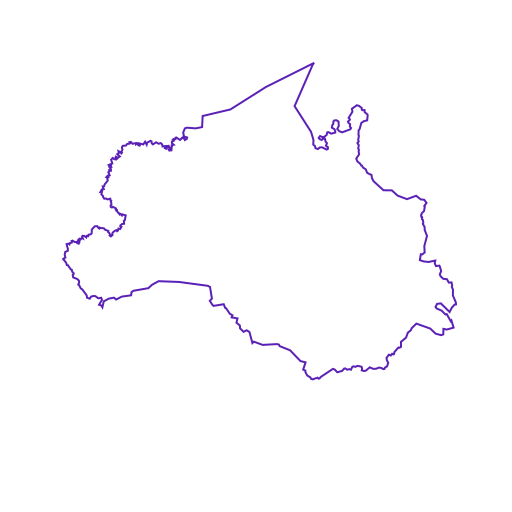 the district of Rankas pag., Gulbene, Latvia, rotated 336°
{"feature_id": "27541924B63900678349078", "entity_name": "Rankas pag.", "entity_type": "district", "adm_level": 2, "iso_a3": "LVA", "parent_name": "Latvia", "parent_adm1": "Gulbene", "projection": "orthographic", "projection_center": [26.154, 57.209], "detail": "fine", "context": "isolated", "style": "outline", "palette": "violet", "viewbox_px": 512, "rotation_deg": 336, "n_neighbors": 0, "source": "geoboundaries", "source_scale": "gbopen_adm2", "svg_char_len": 6111}
<svg xmlns="http://www.w3.org/2000/svg" viewBox="0 0 512 512"><g transform="rotate(336 256 256)"><path d="M352.2,134.8L385.6,104.3L387.6,103.2L334.0,105.6L292.2,111.7L264.2,106.4L259.2,116.3L252.9,114.9L245.1,110.7L242.9,110.5L239.7,113.6L239.1,116.4L238.4,117.2L241.3,119.7L240.3,120.9L238.2,121.1L238.4,119.9L236.5,118.0L233.8,119.1L231.4,115.3L230.6,115.2L229.9,116.5L228.3,115.6L227.6,115.8L228.2,116.7L227.7,117.4L225.7,117.2L225.1,118.9L226.1,120.9L224.0,120.6L223.7,122.0L222.1,122.4L222.6,123.6L221.7,125.1L219.7,124.4L219.5,123.2L221.0,122.8L221.0,119.8L220.1,119.6L219.8,120.6L217.5,121.5L216.6,120.3L217.3,119.6L218.4,120.0L218.6,118.9L215.1,117.9L215.7,116.0L214.9,114.1L212.8,113.9L211.0,111.5L207.2,112.1L206.6,110.6L207.2,108.8L206.5,107.9L202.6,108.2L201.4,109.8L201.2,106.5L198.4,108.2L195.1,105.6L194.8,107.8L194.4,107.8L193.6,106.9L193.2,104.8L191.8,105.1L192.2,104.0L188.9,103.3L188.1,100.9L186.8,100.6L186.9,101.8L186.4,102.0L183.9,101.2L182.2,102.2L179.2,101.2L177.7,102.1L177.2,104.6L175.6,105.9L175.6,107.1L174.7,107.5L174.3,105.9L173.0,104.3L172.7,106.1L170.7,106.5L172.1,109.7L169.7,110.0L168.4,108.2L167.8,108.8L168.8,110.5L167.6,111.0L165.9,109.9L165.0,108.2L162.8,109.1L162.4,113.0L159.0,113.0L160.4,114.2L160.3,114.8L158.4,114.3L158.2,114.9L159.3,116.3L158.4,116.4L158.6,118.3L158.2,119.0L156.8,118.0L156.5,119.2L155.2,119.4L155.1,122.7L153.2,122.3L151.5,123.1L152.9,124.1L151.7,124.5L151.2,126.8L146.9,129.0L145.7,130.4L144.3,130.1L144.2,132.5L143.7,132.1L142.5,133.4L141.9,132.7L139.9,134.3L141.3,134.8L139.8,137.0L140.7,139.2L140.3,140.3L140.7,142.0L142.3,142.4L143.2,143.8L146.2,144.4L145.7,146.2L146.1,146.8L145.5,147.2L145.5,148.2L144.7,150.5L143.7,150.7L143.3,152.1L144.1,153.1L145.3,152.9L147.4,155.6L146.8,156.4L147.2,156.8L146.9,157.4L147.6,157.7L147.2,158.5L148.3,162.2L148.7,161.7L149.3,162.4L150.0,164.4L150.8,163.6L153.5,165.9L150.7,169.9L149.6,170.1L148.6,172.9L146.6,172.3L144.5,172.9L144.1,173.7L144.9,174.6L142.9,176.1L141.5,175.0L140.3,176.6L139.2,176.8L139.0,175.6L137.6,175.5L134.6,176.3L133.4,177.7L133.5,178.4L131.4,179.1L130.6,177.8L131.3,177.3L131.3,175.1L130.7,174.2L131.3,173.0L129.0,170.9L128.3,168.8L124.6,166.8L124.0,167.2L123.6,166.5L124.1,166.0L123.4,165.7L123.0,164.1L120.8,163.3L116.8,165.0L115.2,168.3L113.9,169.0L111.7,168.4L110.8,169.6L109.6,168.8L108.5,170.0L107.3,167.8L105.7,167.0L105.1,167.4L104.9,169.5L104.3,168.7L102.8,169.4L102.1,168.4L100.6,168.7L99.9,169.2L100.8,170.3L99.6,170.7L100.2,171.7L99.1,172.6L97.9,171.6L98.3,170.9L97.9,170.2L96.2,169.6L95.1,168.0L94.2,168.1L94.3,167.3L93.7,167.3L93.8,168.0L93.2,168.8L91.2,168.5L90.3,169.5L89.8,168.5L87.8,168.1L87.0,173.1L86.2,174.7L83.4,174.7L81.8,176.9L81.2,179.9L78.7,180.2L78.6,181.1L79.1,181.7L79.8,185.3L79.5,187.4L80.4,187.9L81.4,193.0L82.1,193.7L81.7,195.7L82.4,197.4L82.2,198.3L80.9,198.7L80.3,201.2L83.5,204.5L84.2,206.6L83.5,208.5L82.0,209.9L82.6,210.9L82.7,214.3L83.7,215.8L85.3,223.1L84.7,225.4L86.8,227.4L88.7,226.0L91.3,226.4L93.0,227.4L94.7,230.5L97.6,231.2L97.5,233.4L92.8,236.7L94.5,238.2L94.8,240.4L98.5,235.5L104.3,235.1L109.3,236.3L110.5,238.9L116.8,238.5L125.9,241.1L127.7,238.3L129.8,237.9L144.6,241.6L149.3,240.0L156.8,239.4L175.1,248.4L199.8,263.6L201.4,265.6L198.4,277.0L195.6,278.1L196.2,282.4L196.9,284.3L206.9,286.9L206.7,290.8L207.4,291.5L208.6,298.1L210.4,300.6L208.8,302.2L213.7,305.5L211.0,309.0L213.0,312.9L212.0,315.6L213.8,320.2L217.3,320.1L219.1,322.8L217.3,334.1L219.2,333.4L225.9,339.9L239.3,345.0L240.9,346.2L241.0,348.0L248.8,356.0L253.9,370.1L258.0,373.3L252.9,379.0L254.5,380.8L253.9,382.4L254.2,386.0L256.3,389.0L256.3,390.5L257.5,391.7L262.8,392.2L263.2,393.5L264.2,393.7L266.1,392.8L280.4,390.4L281.7,391.7L283.0,395.3L287.9,396.0L290.8,394.7L291.9,395.1L293.1,397.0L295.2,397.3L296.5,398.5L298.8,396.5L300.2,396.4L301.7,397.7L304.0,397.6L307.4,400.1L307.0,402.4L306.1,403.5L307.7,404.9L309.6,405.4L314.7,404.0L317.0,406.6L319.6,407.8L323.2,408.0L325.5,409.8L326.0,411.0L327.4,411.4L328.5,410.4L330.9,410.1L333.3,407.4L333.2,404.0L333.9,402.1L337.3,400.2L338.6,401.7L340.6,400.7L341.5,401.8L342.3,401.7L343.3,400.1L348.9,397.5L349.8,398.2L351.5,398.0L353.5,393.4L359.9,391.6L363.5,387.8L367.3,386.8L368.8,385.3L375.0,383.0L385.7,393.2L388.5,400.0L392.9,403.6L395.2,403.8L397.6,398.8L400.4,400.8L407.4,401.8L408.3,394.4L407.4,394.9L406.6,386.7L405.3,386.5L403.4,381.5L399.6,377.3L399.3,375.5L402.0,373.4L405.6,374.5L410.1,385.9L413.8,382.9L417.6,381.2L419.0,381.6L419.7,379.7L419.8,372.2L422.3,366.7L422.3,363.8L423.1,363.0L423.9,359.7L421.3,358.7L421.0,354.9L417.8,353.0L416.4,349.7L416.4,347.6L419.0,345.1L419.6,340.7L419.6,339.4L416.3,338.4L416.3,335.4L417.9,333.1L411.1,331.6L406.9,329.1L404.0,326.4L407.3,321.4L408.5,322.2L411.5,321.4L413.8,315.4L420.4,307.2L420.7,300.8L421.8,298.2L421.5,294.4L422.4,293.7L423.1,290.9L422.6,289.8L423.4,288.6L423.0,287.6L423.4,287.3L423.1,286.9L423.4,285.9L425.0,284.3L427.9,283.2L430.5,279.1L430.2,278.7L433.4,276.8L432.5,273.0L429.5,271.3L426.8,266.1L417.1,265.5L409.9,258.4L406.8,251.3L399.2,247.8L393.8,235.5L393.6,232.0L394.5,229.0L391.4,225.3L391.5,221.4L389.8,218.9L389.5,216.4L389.0,216.2L388.6,213.8L387.1,211.0L387.2,207.8L391.6,205.0L392.2,202.4L393.2,200.9L393.1,199.5L395.0,196.4L394.6,194.0L396.4,193.2L396.5,191.6L398.9,188.1L398.9,186.9L400.9,182.9L402.2,182.3L406.3,177.3L409.4,176.7L412.7,177.3L415.2,173.0L415.4,172.0L413.8,168.8L414.5,166.8L412.5,166.1L412.2,165.3L412.8,163.9L411.2,160.8L409.5,159.3L403.5,160.5L402.8,163.4L396.8,167.5L397.4,169.2L397.2,169.7L394.7,170.6L394.6,171.9L395.6,173.9L394.4,176.0L394.9,177.7L393.8,178.6L385.1,178.1L382.9,176.0L381.9,173.0L384.5,170.9L386.1,166.7L384.7,164.7L382.7,164.0L381.4,164.6L380.3,166.8L378.8,167.6L377.5,169.6L379.2,172.0L379.2,174.3L378.6,175.5L374.4,174.8L372.8,172.5L371.5,172.0L369.8,174.1L367.1,174.9L365.1,174.4L363.3,172.5L361.3,173.6L361.6,174.9L363.2,176.7L364.9,176.1L366.7,177.0L366.1,179.8L366.7,181.8L364.7,183.8L366.0,186.0L365.1,187.5L363.8,187.5L360.6,183.6L358.4,182.8L356.1,183.5L354.2,181.7L354.6,179.5L353.6,177.6L355.7,173.3L356.8,165.0L352.2,134.8Z" fill="none" stroke="#5b21b6" stroke-width="2"/></g></svg>